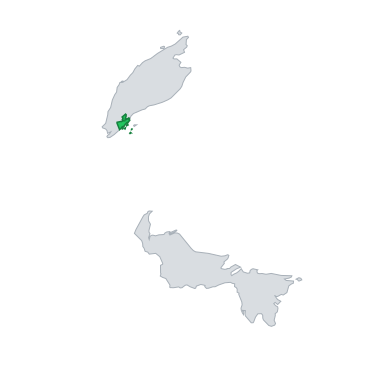 Mersing, Johor, Malaysia (highlighted), rotated 68°
{"feature_id": "92858781B22606211621135", "entity_name": "Mersing", "entity_type": "district", "adm_level": 2, "iso_a3": "MYS", "parent_name": "Malaysia", "parent_adm1": "Johor", "projection": "equal_earth", "projection_center": [104.05, 2.354], "detail": "fine", "context": "in_parent", "style": "filled", "palette": "green", "viewbox_px": 384, "rotation_deg": 68, "n_neighbors": 0, "source": "geoboundaries", "source_scale": "gbopen_adm2", "svg_char_len": 6241}
<svg xmlns="http://www.w3.org/2000/svg" viewBox="0 0 384 384"><g transform="rotate(68 192 192)"><path d="M320.1,190.6L318.1,190.1L315.4,187.8L312.6,187.0L304.5,187.0L303.4,186.3L301.8,187.7L299.0,186.5L297.4,186.7L295.6,188.0L293.1,186.8L291.8,188.8L290.2,190.1L288.5,195.5L288.2,202.0L288.5,206.0L287.7,208.2L287.4,212.7L286.8,214.7L284.5,215.6L283.5,214.9L281.5,217.7L281.0,218.8L280.9,223.2L282.5,224.6L282.5,225.6L279.2,229.2L276.3,231.4L275.9,233.2L277.0,237.1L276.5,238.9L275.0,239.9L273.9,244.8L272.5,248.0L272.0,248.3L270.0,247.3L262.4,248.7L260.1,251.3L258.0,252.9L256.2,251.4L255.4,251.5L248.2,248.7L248.0,246.3L247.2,245.9L239.9,246.1L235.3,248.6L233.6,254.9L231.2,255.5L229.4,257.7L226.2,257.5L224.2,258.0L221.1,257.0L218.2,256.9L208.8,260.9L205.8,258.0L196.6,246.8L195.3,244.9L195.0,241.4L194.0,240.8L193.7,239.9L193.5,238.9L194.9,236.1L196.4,239.7L198.7,241.7L202.6,243.1L206.3,242.6L211.5,246.3L213.1,246.9L214.9,246.6L218.1,249.4L220.1,249.5L217.5,247.6L217.0,246.1L217.3,244.5L219.0,242.2L219.3,238.8L220.5,235.3L220.8,233.7L219.9,232.5L219.6,230.4L220.4,227.4L222.1,228.9L223.6,228.6L223.5,223.2L224.6,220.9L226.4,219.3L243.9,213.9L246.8,212.7L248.8,211.1L255.1,199.7L262.5,189.0L263.5,185.3L263.5,182.6L263.9,182.0L264.7,181.6L266.4,183.0L267.3,184.0L268.8,188.6L270.3,188.8L272.8,193.2L273.4,193.7L274.1,193.4L276.0,190.6L276.5,188.5L276.1,188.2L277.0,185.8L276.2,184.3L275.5,178.9L279.9,175.1L279.9,179.5L281.2,185.9L283.4,186.8L284.5,186.4L283.9,184.5L283.7,180.7L283.0,178.3L281.6,175.1L285.3,174.4L288.1,171.0L288.6,168.8L286.7,167.6L286.0,166.0L286.0,164.2L288.8,160.2L289.2,161.3L291.0,161.7L291.9,161.6L293.1,159.9L293.8,157.6L296.0,154.2L297.2,149.0L302.7,140.7L307.1,130.8L308.0,131.6L308.2,134.2L307.3,138.9L309.3,137.8L312.6,131.2L314.6,132.3L314.5,134.1L315.3,137.4L320.8,141.7L321.7,146.0L320.4,147.6L320.9,151.7L320.5,153.0L318.7,154.2L323.6,153.0L326.6,150.6L328.4,154.7L325.5,156.3L326.1,158.0L328.8,157.0L330.5,155.6L332.1,155.9L334.7,157.5L335.4,158.4L335.9,160.4L337.8,161.1L341.7,163.9L345.2,163.8L346.4,165.2L346.3,168.7L344.5,170.8L337.3,173.7L335.4,173.6L332.7,172.6L330.8,173.2L329.6,176.6L331.8,180.0L335.6,183.5L336.1,184.4L335.4,186.1L326.9,188.9L325.1,188.6L322.0,186.9L320.1,190.6ZM45.0,142.4L46.0,137.5L47.3,137.3L48.6,140.1L53.1,142.3L54.4,141.6L55.0,142.0L55.7,142.7L56.9,146.5L59.7,146.6L60.1,152.7L58.8,155.0L58.6,156.6L60.7,159.5L61.9,158.8L62.9,156.2L67.6,153.7L69.6,156.4L71.3,156.4L72.6,155.5L73.6,152.2L75.5,149.7L76.2,146.6L78.9,147.4L80.0,148.1L83.0,154.7L87.1,159.3L90.1,161.8L91.9,164.3L96.9,176.1L97.5,180.0L97.7,185.8L97.0,194.7L96.1,199.1L96.2,201.2L97.5,204.4L97.1,207.4L97.3,216.9L98.8,220.2L103.1,224.4L109.6,242.6L110.7,247.7L110.1,249.7L108.9,250.2L107.9,249.2L107.3,246.7L105.8,244.7L106.0,248.3L103.2,247.8L101.3,248.4L99.0,250.9L97.9,250.9L96.0,246.3L88.7,241.1L86.0,239.8L83.2,235.8L76.9,231.4L72.8,227.1L71.1,224.5L67.0,222.2L65.2,219.4L63.5,217.9L64.4,215.2L63.5,210.1L60.6,205.4L59.2,202.2L56.5,198.9L54.3,194.9L55.6,193.7L53.5,189.4L52.8,186.3L52.8,180.3L50.6,172.0L48.7,160.5L49.0,156.5L48.5,152.1L45.0,142.4ZM312.8,127.0L311.8,128.1L311.5,125.0L312.8,123.4L314.6,123.1L314.7,125.9L314.3,126.6L312.8,127.0ZM40.8,141.9L41.9,144.2L41.1,145.5L40.4,145.1L39.1,146.2L37.8,144.0L37.6,142.9L39.2,143.1L40.8,141.9ZM222.7,227.9L222.2,228.1L221.5,227.4L221.3,220.9L221.8,220.4L222.5,221.6L222.7,227.9ZM48.5,164.3L47.3,167.3L46.1,167.0L46.3,163.5L47.0,163.0L48.5,164.3ZM325.0,190.2L322.8,190.6L321.3,190.6L321.5,188.9L322.2,188.6L325.0,190.2ZM109.6,221.1L108.4,221.2L108.1,220.4L109.0,218.2L109.6,221.1ZM63.8,215.7L63.0,216.1L63.1,214.7L63.7,214.0L63.8,215.7Z" fill="#d9dde1" stroke="#a8b0b8" stroke-width="1"/><path d="M96.3,228.7L97.7,228.3L98.8,229.5L100.3,228.7L100.2,228.9L100.2,229.0L100.2,229.3L100.2,230.1L100.2,230.3L100.3,230.5L100.3,230.8L100.2,230.8L100.0,231.1L100.0,231.3L99.2,235.8L99.2,235.7L107.0,235.8L106.8,235.2L106.6,234.8L106.5,234.4L106.4,234.0L106.3,233.6L106.1,233.2L105.8,233.0L105.6,232.6L105.4,232.2L105.4,231.9L105.4,231.5L105.5,231.3L105.8,231.5L105.8,231.4L105.7,231.1L105.3,230.4L105.3,230.2L105.5,230.0L105.4,229.8L105.1,229.5L105.0,229.4L104.7,229.2L104.3,228.7L104.1,228.2L103.8,227.7L103.7,227.4L103.5,226.9L103.4,226.6L103.2,226.4L103.2,226.0L103.4,226.0L103.6,226.0L103.6,225.8L103.5,225.6L103.4,225.4L103.3,225.0L103.3,224.8L103.2,224.5L103.1,224.4L102.8,224.1L102.7,223.9L102.5,223.7L102.4,223.6L102.3,223.3L102.4,223.1L102.3,222.9L102.2,222.9L102.1,223.2L101.7,223.2L101.3,222.9L101.2,222.8L101.0,222.7L100.9,222.6L100.6,222.7L100.3,222.6L100.1,222.7L99.9,222.6L99.7,222.7L99.6,222.9L99.8,223.3L99.9,223.2L99.9,222.9L100.0,222.9L100.0,223.0L100.1,223.3L100.0,223.5L100.2,223.8L100.0,224.0L99.9,224.2L99.8,224.3L99.8,224.6L99.9,224.4L100.0,224.4L100.1,224.5L100.1,224.8L100.0,224.7L99.8,224.8L99.7,224.9L99.7,225.0L99.7,225.3L99.7,225.5L99.8,225.5L99.8,225.4L100.0,225.4L100.1,225.5L100.2,225.8L100.3,226.1L100.3,226.3L100.4,226.5L100.2,226.8L100.0,226.6L99.9,226.8L97.8,225.5L97.5,225.0L97.4,224.9L97.1,224.8L96.9,224.8L95.9,224.1L94.9,224.4L96.3,228.7ZM107.6,229.9L107.6,230.0L107.6,230.3L107.8,230.4L107.8,230.5L108.0,230.7L108.3,230.6L108.2,230.5L108.3,230.5L108.4,230.3L108.3,230.2L108.2,230.1L107.9,230.0L107.7,230.0L107.6,229.9ZM114.4,226.9L114.3,226.7L114.2,226.7L114.1,226.8L114.0,227.0L114.0,227.3L114.3,227.4L114.3,227.5L114.5,227.6L114.6,227.4L114.6,227.2L114.5,226.9L114.4,227.0L114.4,226.9ZM111.2,224.0L111.0,224.3L111.1,224.5L111.3,224.6L111.5,224.7L111.5,224.4L111.4,224.3L111.4,224.2L111.2,224.0L111.2,224.0ZM105.7,226.9L105.7,227.0L105.7,227.3L105.8,227.6L106.0,227.7L106.0,227.4L105.9,227.4L105.9,227.2L105.7,227.0L105.7,226.9ZM107.1,231.7L107.1,231.8L106.9,231.8L107.0,231.9L107.1,232.0L107.3,232.1L107.3,232.3L107.2,232.5L107.3,232.4L107.4,232.5L107.4,232.4L107.4,232.5L107.5,232.5L107.5,232.4L107.4,232.3L107.4,232.2L107.2,232.0L107.2,231.9L107.1,231.7ZM114.1,226.5L113.9,226.6L114.0,226.7L114.1,226.5ZM103.7,226.5L103.7,226.4L103.6,226.5L103.8,226.6L103.7,226.5L103.7,226.5ZM105.3,226.2L105.3,226.3L105.4,226.2L105.3,226.2ZM105.5,226.5L105.4,226.5L105.5,226.6L105.5,226.5ZM107.7,232.7L107.8,232.7L107.7,232.7L107.6,232.8L107.7,232.7L107.7,232.7Z" fill="#22c55e" stroke="#15803d" stroke-width="1.5"/></g></svg>